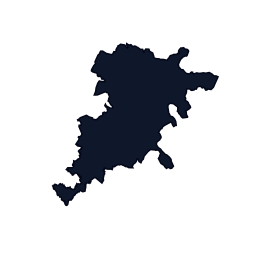 Chiconquiaco, Veracruz, Mexico, rotated 116°
{"feature_id": "50627088B84819198582198", "entity_name": "Chiconquiaco", "entity_type": "district", "adm_level": 2, "iso_a3": "MEX", "parent_name": "Mexico", "parent_adm1": "Veracruz", "projection": "orthographic", "projection_center": [-96.756, 19.758], "detail": "fine", "context": "isolated", "style": "filled", "palette": "ink", "viewbox_px": 256, "rotation_deg": 116, "n_neighbors": 0, "source": "geoboundaries", "source_scale": "gbopen_adm2", "svg_char_len": 5856}
<svg xmlns="http://www.w3.org/2000/svg" viewBox="0 0 256 256"><g transform="rotate(116 128 128)"><path d="M75.5,186.9L82.9,186.7L84.5,185.4L87.0,186.1L91.5,186.3L92.7,185.9L93.0,184.3L92.7,181.7L92.3,180.8L92.5,179.9L92.9,178.9L93.7,178.9L94.5,178.2L94.7,177.4L94.2,176.3L93.2,175.6L95.6,172.7L94.4,172.1L95.7,169.1L96.5,168.9L97.0,169.4L97.0,170.5L97.9,172.0L98.3,174.4L100.8,174.8L105.7,174.3L109.3,173.1L113.1,172.8L111.7,170.0L105.7,164.6L105.2,163.9L105.5,162.9L105.2,161.1L105.6,160.3L106.4,160.2L107.3,158.9L108.2,158.2L109.8,158.3L110.2,158.0L112.5,157.7L112.7,156.4L114.6,153.6L115.2,151.6L116.1,150.7L116.9,150.8L117.9,152.4L117.6,157.4L116.5,158.7L117.9,158.7L118.7,157.6L119.1,155.5L120.2,155.1L120.5,154.1L123.0,153.8L124.2,154.5L124.0,156.0L125.1,157.1L125.7,157.3L126.1,156.7L127.9,156.6L128.8,156.9L129.0,157.7L130.6,158.7L132.9,159.2L133.4,159.7L134.0,159.5L134.5,160.2L135.6,163.6L134.5,164.3L135.1,167.9L134.8,170.9L139.5,175.2L140.6,175.8L141.0,175.6L142.7,176.9L143.4,176.1L142.6,175.2L143.1,173.5L144.7,171.8L146.4,171.7L146.9,173.1L148.1,172.8L153.4,166.8L155.4,166.7L156.9,167.4L157.4,168.5L158.1,168.6L158.6,167.5L160.1,167.0L165.3,167.7L165.0,166.2L165.7,166.8L166.2,165.5L165.4,162.8L165.4,161.2L166.6,161.1L166.9,160.4L167.6,160.6L167.6,161.1L167.9,161.0L169.1,162.0L170.5,162.4L171.5,160.9L171.0,160.2L172.0,160.1L172.5,158.8L174.0,159.7L175.1,158.4L176.4,158.1L178.1,159.5L180.1,160.1L181.2,161.4L181.3,162.4L182.9,161.6L185.3,161.7L185.9,161.3L185.5,160.2L187.5,160.0L188.2,160.7L190.1,164.7L192.4,165.2L192.6,164.0L192.0,163.6L193.3,162.7L192.5,161.3L193.5,160.1L193.4,159.4L193.8,159.1L194.0,158.1L194.6,157.6L194.6,157.0L193.9,156.6L193.4,157.0L192.4,155.9L191.3,155.5L191.0,153.8L191.9,152.7L191.3,151.8L192.4,151.5L192.3,150.1L192.8,150.3L192.8,149.4L193.2,149.6L193.2,148.6L193.8,149.0L194.0,148.2L195.5,148.7L195.9,148.0L196.4,148.1L197.5,145.8L199.0,146.2L199.7,146.9L199.7,147.7L200.6,149.0L200.5,149.6L202.0,149.2L202.1,148.7L202.1,149.2L202.6,148.9L202.4,149.5L203.8,149.7L206.3,149.1L207.7,151.1L207.4,151.7L207.4,153.6L206.5,154.1L207.8,155.3L208.0,156.2L209.0,157.0L209.0,158.4L208.3,159.0L208.5,160.1L207.6,160.3L208.0,161.0L207.2,162.2L207.5,162.3L207.9,163.4L207.7,164.4L208.7,165.0L209.3,164.9L210.3,165.8L210.7,166.7L210.4,167.4L210.6,169.0L211.9,169.2L212.2,170.0L213.1,170.3L213.5,169.1L214.4,168.3L214.5,168.8L215.4,168.1L215.3,166.6L216.9,163.8L219.0,162.3L219.3,161.5L218.7,161.2L219.0,160.1L220.0,159.0L219.2,158.2L220.0,157.1L221.6,156.3L221.9,155.1L221.6,154.4L222.4,152.8L221.6,152.8L221.8,152.4L223.6,151.6L224.6,150.1L224.6,149.5L224.2,149.0L223.1,148.7L219.1,149.7L218.1,148.6L217.7,147.5L214.8,146.9L214.7,147.5L212.5,147.2L212.5,146.9L211.2,146.3L209.9,146.3L208.2,145.1L207.5,145.4L207.0,145.1L207.0,144.0L205.0,143.7L205.1,140.7L203.7,139.0L199.7,140.1L198.8,140.9L198.5,140.6L197.9,141.5L197.9,141.2L197.5,141.4L197.0,141.1L196.1,141.4L195.2,140.6L194.8,139.2L194.4,138.9L193.9,139.3L193.9,138.6L193.4,138.2L194.0,137.9L193.6,137.7L192.9,138.6L192.3,138.1L192.0,138.8L187.8,136.8L186.8,135.7L188.9,127.3L185.5,127.1L185.2,127.7L183.7,128.3L180.9,129.0L179.5,128.9L178.0,129.8L177.5,131.2L177.3,130.7L177.2,131.1L176.5,131.0L176.5,131.3L176.0,131.0L175.4,131.6L174.7,130.7L174.2,131.3L174.1,128.8L172.4,125.3L172.3,124.0L169.9,124.4L169.3,124.9L168.6,123.0L167.2,122.4L165.2,120.9L165.0,119.6L163.7,118.2L163.7,115.8L163.4,115.3L163.8,113.5L163.2,112.2L163.3,109.9L161.6,106.2L160.7,107.6L160.4,107.3L158.1,107.3L156.2,106.3L155.0,106.0L153.3,106.0L151.8,106.5L151.4,105.5L153.4,103.3L153.6,101.1L151.2,101.3L149.3,100.6L146.3,101.2L140.3,99.7L137.4,98.2L136.4,95.3L135.7,94.4L136.0,93.6L134.8,91.7L134.7,90.8L135.1,89.7L136.7,87.4L138.6,87.5L139.7,87.1L142.1,87.3L145.4,82.8L145.8,79.1L146.8,77.9L146.8,77.1L147.5,75.8L146.0,74.8L145.5,73.5L145.9,72.3L144.9,71.0L142.4,70.4L139.0,74.5L137.3,75.6L136.1,78.0L135.2,81.4L135.4,82.9L133.6,87.9L132.7,89.4L132.3,92.4L130.8,94.8L129.9,95.5L127.9,95.9L124.8,94.4L122.1,94.1L121.1,94.7L119.4,96.8L118.5,98.7L114.3,98.1L113.7,97.3L111.8,97.4L109.6,96.3L103.9,92.2L103.8,91.4L106.2,88.5L106.6,87.5L104.8,86.5L104.5,85.8L101.3,87.9L99.4,90.2L98.4,92.9L98.8,95.4L97.3,96.8L96.8,97.9L91.5,101.5L89.6,102.1L87.4,101.1L86.4,98.4L86.3,96.7L86.7,95.8L87.1,93.2L87.5,92.4L89.8,91.2L91.3,91.0L91.9,89.2L92.6,88.8L93.1,87.1L94.6,84.8L94.9,83.2L92.3,79.3L91.7,79.4L90.3,81.4L88.1,82.7L87.7,83.7L84.0,81.4L82.2,80.8L81.2,81.5L79.9,83.9L78.8,84.9L78.2,86.4L78.1,88.6L76.1,89.1L74.5,91.0L70.8,91.0L67.7,92.2L67.0,92.1L65.8,89.7L66.4,88.2L66.2,87.1L65.4,86.0L64.7,85.2L63.6,84.9L63.1,83.6L60.7,83.7L59.3,82.1L58.7,80.4L59.4,79.2L59.2,78.4L58.2,77.8L58.2,77.2L59.9,74.8L59.2,73.7L58.0,73.5L57.0,70.2L54.0,69.1L42.5,69.5L42.6,71.9L43.2,72.5L43.4,74.0L42.7,76.0L42.5,79.3L44.6,82.0L45.4,84.5L47.3,87.2L48.2,89.3L48.2,90.2L50.6,92.6L50.2,93.6L50.7,94.1L50.4,95.0L49.7,94.8L49.8,95.3L50.6,95.9L52.4,96.3L53.2,98.8L53.3,100.3L51.5,104.2L52.3,105.6L50.6,109.6L50.0,109.6L49.5,110.4L46.9,110.8L43.2,110.8L39.7,109.5L37.9,107.8L37.7,107.0L37.0,106.7L32.4,107.2L31.7,107.9L31.4,109.7L32.2,110.8L31.6,112.4L31.6,113.7L32.5,114.3L32.8,115.5L34.8,116.2L36.7,116.3L37.4,115.2L37.8,114.9L38.5,115.1L38.5,115.7L40.5,116.6L42.0,119.4L42.9,119.9L44.4,121.7L47.2,122.0L50.1,122.8L50.8,126.1L52.3,129.2L52.1,130.0L53.5,133.6L53.4,135.6L52.6,136.3L52.3,136.2L49.7,138.8L49.7,142.0L48.0,143.8L49.3,146.7L52.9,147.0L50.9,149.3L51.9,151.3L51.3,154.7L51.5,155.9L51.2,156.4L51.4,158.0L52.3,158.9L52.6,160.0L51.9,161.4L51.9,162.1L52.7,162.7L53.0,164.4L52.7,166.1L54.0,165.6L55.4,163.3L56.4,163.3L56.2,165.2L54.8,167.3L56.0,171.4L58.0,172.3L58.4,173.0L59.5,172.7L60.8,173.1L62.2,172.8L62.3,173.1L63.0,173.0L63.0,172.5L64.3,172.5L65.1,172.8L65.6,174.2L68.0,174.1L69.3,174.9L70.5,180.3L70.0,184.4L70.9,186.3L74.5,186.3L75.5,186.9Z" fill="#0f172a" stroke="#020617" stroke-width="1.5"/></g></svg>